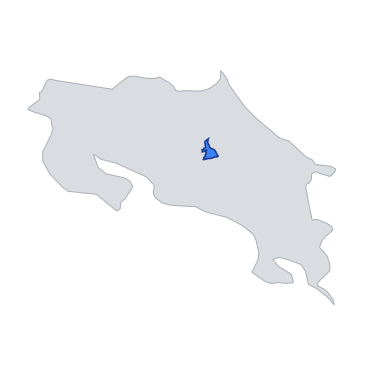 location of Vazquez de Coronado, San José, Costa Rica, rotated 349°
{"feature_id": "36466004B47934258203273", "entity_name": "Vazquez de Coronado", "entity_type": "district", "adm_level": 2, "iso_a3": "CRI", "parent_name": "Costa Rica", "parent_adm1": "San José", "projection": "orthographic", "projection_center": [-83.961, 10.077], "detail": "fine", "context": "in_parent", "style": "filled", "palette": "blue", "viewbox_px": 384, "rotation_deg": 349, "n_neighbors": 0, "source": "geoboundaries", "source_scale": "gbopen_adm2", "svg_char_len": 4982}
<svg xmlns="http://www.w3.org/2000/svg" viewBox="0 0 384 384"><g transform="rotate(349 192 192)"><path d="M337.3,196.7L336.8,198.4L335.3,200.1L333.2,201.8L330.3,203.0L323.4,199.5L316.6,195.5L312.9,197.3L311.5,202.6L309.0,205.3L305.9,206.4L304.6,208.1L304.4,225.8L304.6,242.5L309.8,242.8L318.4,248.6L322.0,252.0L323.2,255.1L322.2,256.7L315.9,260.4L309.8,265.0L306.7,270.7L312.1,280.0L313.3,286.3L313.1,292.9L311.7,296.0L299.8,303.7L297.2,306.3L297.6,308.2L304.1,313.4L307.2,318.5L309.8,324.6L310.2,329.9L304.2,320.1L296.0,310.7L288.8,305.0L288.2,291.5L285.4,284.2L274.6,277.5L265.3,272.8L258.5,273.8L262.7,281.5L273.5,291.4L274.3,295.2L274.1,300.3L266.6,299.6L260.1,297.5L252.0,296.9L246.7,293.8L235.4,282.0L243.4,271.9L245.9,265.2L245.7,251.5L243.8,244.8L235.1,234.6L221.3,223.5L201.9,214.4L192.8,207.1L170.1,201.4L161.5,197.7L154.8,190.7L153.8,185.8L156.2,178.1L150.0,168.4L123.0,149.2L108.0,142.1L104.8,138.0L102.4,136.7L104.6,149.9L111.2,157.8L128.4,165.3L133.1,169.7L135.0,175.3L125.0,186.0L119.9,188.7L118.4,194.6L115.1,196.4L111.7,193.0L97.7,176.0L70.8,167.8L65.9,162.8L56.0,147.4L51.4,133.3L53.1,123.9L64.3,109.4L67.8,103.0L67.1,99.1L67.5,93.4L63.4,89.3L53.2,84.0L46.7,79.8L48.5,77.7L60.2,72.1L61.0,67.0L61.0,65.3L62.9,65.0L64.6,63.6L65.6,62.2L68.9,57.3L71.7,54.6L74.9,54.1L78.8,56.2L93.6,61.6L110.0,67.5L133.3,75.9L143.0,70.6L151.4,66.5L157.2,67.1L169.8,71.9L177.3,73.5L182.0,73.0L190.0,80.0L194.4,85.2L195.1,88.7L197.6,90.6L203.8,91.0L219.2,94.6L228.6,93.9L237.1,90.1L241.8,85.6L243.3,78.5L245.4,82.0L247.9,87.5L249.1,94.6L260.1,118.4L269.0,131.7L288.3,155.8L296.7,160.2L310.9,179.7L315.8,182.9L318.6,188.6L333.3,193.3L337.3,196.7Z" fill="#d9dde1" stroke="#a8b0b8" stroke-width="1"/><path d="M216.8,146.6L216.9,146.2L217.1,145.6L217.2,145.1L217.3,145.0L217.6,144.6L217.6,144.2L217.7,143.8L217.7,143.7L217.8,143.6L217.9,143.3L218.2,143.0L218.3,142.8L218.1,142.9L218.0,143.0L217.8,143.1L217.6,143.2L216.9,143.4L216.8,143.6L216.5,143.7L216.3,143.8L216.2,143.9L215.9,144.0L215.6,144.4L215.4,144.4L214.8,144.6L214.6,144.6L214.4,145.0L214.5,145.2L214.2,145.7L214.3,145.9L214.0,146.5L214.1,146.8L214.0,147.1L214.1,147.3L214.0,147.6L214.2,147.9L214.0,148.9L213.9,149.0L214.0,149.3L214.0,149.5L214.0,149.8L214.0,150.1L214.0,150.3L213.9,150.5L213.7,150.6L213.5,150.8L213.4,151.0L213.2,151.2L213.0,151.3L212.9,151.3L212.9,151.2L212.7,151.2L212.5,151.3L212.4,151.3L212.3,151.5L212.1,151.4L212.1,151.5L211.9,151.6L211.8,151.9L211.8,152.0L211.7,152.0L211.4,152.2L211.2,152.3L210.9,152.5L210.7,152.5L210.5,152.4L210.4,152.4L210.1,152.3L209.9,152.3L209.8,154.3L210.1,154.0L210.3,154.1L210.4,154.3L210.5,154.3L210.8,154.5L211.0,154.6L211.4,154.5L211.5,154.5L211.8,154.6L212.0,154.6L212.4,154.5L212.6,154.4L212.8,154.2L213.0,154.2L213.3,154.0L213.4,153.9L213.6,153.8L214.0,153.8L214.2,153.7L214.3,153.7L214.3,153.8L214.2,153.8L213.8,153.9L213.7,153.9L213.7,154.0L213.8,154.0L213.7,154.2L213.6,154.3L213.4,154.2L213.4,154.3L213.5,154.6L213.4,154.6L213.4,154.8L213.3,155.0L213.3,155.4L213.3,155.5L213.4,155.8L213.2,155.8L213.2,156.0L213.1,156.4L213.2,156.5L213.2,156.8L213.0,157.2L213.0,157.3L212.9,157.4L212.8,157.5L212.7,157.7L212.3,157.7L212.1,157.9L212.0,159.4L211.9,159.4L211.6,159.4L211.5,159.5L211.4,159.5L211.2,159.5L211.1,159.8L211.0,160.0L210.9,160.2L210.7,160.1L210.5,160.3L210.5,160.5L210.2,160.5L210.3,160.8L210.3,161.0L210.2,161.3L210.2,161.5L209.9,161.7L209.9,161.8L209.7,161.9L209.6,162.0L209.4,162.1L209.2,162.3L209.3,162.4L209.5,162.4L210.0,162.4L210.1,162.5L210.3,162.5L210.7,162.4L210.8,162.4L211.0,162.3L211.1,162.2L211.4,162.3L211.6,162.3L211.8,162.3L212.0,162.3L212.3,162.4L212.6,162.4L212.9,162.4L212.9,162.1L213.0,162.1L213.3,162.1L213.5,162.2L213.9,162.2L214.5,162.2L214.7,162.3L214.8,162.3L215.2,162.3L215.3,162.3L215.5,162.4L215.8,162.4L215.9,162.5L216.2,162.6L216.5,162.7L216.8,162.6L217.0,162.6L217.4,162.5L217.6,162.5L217.8,162.5L218.1,162.6L218.3,162.5L218.6,162.5L218.8,162.5L219.0,162.4L219.5,162.3L219.9,162.3L220.2,162.2L220.5,161.8L222.0,162.2L222.4,162.2L222.6,162.2L223.1,162.3L223.4,162.3L223.5,162.2L223.8,162.1L224.2,162.1L224.4,162.1L224.5,161.9L224.5,161.7L224.4,161.7L224.4,161.4L224.2,161.2L223.9,160.9L223.7,160.5L223.7,160.4L223.7,159.7L223.7,159.4L223.7,159.2L223.5,158.9L223.4,158.8L223.4,158.6L223.3,158.3L223.2,158.2L223.0,157.8L223.0,157.7L223.0,157.4L223.1,157.2L223.0,156.9L223.0,156.7L222.8,156.4L222.7,156.2L222.6,155.9L222.6,155.7L222.4,155.4L222.1,155.2L221.9,154.9L221.8,154.7L221.7,154.6L221.5,154.4L221.4,154.3L221.3,154.2L221.2,154.2L220.9,154.0L220.8,153.9L220.6,153.7L220.2,153.5L220.1,153.4L219.9,153.2L219.7,153.1L219.4,153.0L219.4,152.9L219.2,152.8L218.9,152.8L218.8,152.6L218.7,152.6L218.4,152.4L218.2,152.2L218.1,151.9L218.1,151.5L218.1,151.4L218.0,150.9L217.9,150.6L217.7,150.1L217.7,149.9L217.7,149.7L217.7,149.4L217.6,149.2L217.6,148.6L217.5,148.4L217.4,148.2L217.3,147.8L217.2,147.8L217.2,147.7L217.1,147.3L217.0,147.2L216.9,147.0L216.9,146.9L216.8,146.6Z" fill="#3b82f6" stroke="#1e3a8a" stroke-width="1.5"/></g></svg>